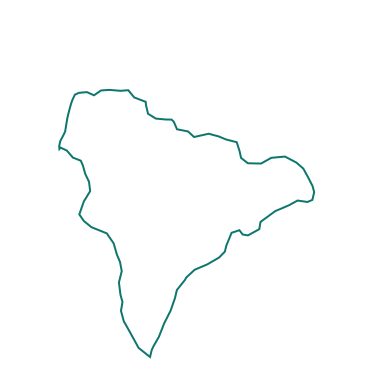 the district of Meneou, Larnaca, Cyprus, rotated 157°
{"feature_id": "46923920B15655385768829", "entity_name": "Meneou", "entity_type": "district", "adm_level": 2, "iso_a3": "CYP", "parent_name": "Cyprus", "parent_adm1": "Larnaca", "projection": "robinson", "projection_center": [33.605, 34.857], "detail": "fine", "context": "isolated", "style": "outline", "palette": "teal", "viewbox_px": 384, "rotation_deg": 157, "n_neighbors": 0, "source": "geoboundaries", "source_scale": "gbopen_adm2", "svg_char_len": 1322}
<svg xmlns="http://www.w3.org/2000/svg" viewBox="0 0 384 384"><g transform="rotate(157 192 192)"><path d="M295.1,56.5L290.9,62.2L287.7,65.1L279.1,71.6L268.9,82.0L258.1,91.1L249.2,100.9L244.2,107.7L232.7,113.9L230.8,115.5L219.9,119.4L206.4,119.4L192.6,121.1L185.0,124.3L181.4,129.2L176.1,134.4L171.5,139.0L163.3,138.3L162.0,133.1L157.4,130.2L144.6,131.5L140.6,137.7L122.8,141.9L108.0,141.9L98.2,142.9L89.6,137.7L84.3,137.7L79.6,144.1L78.7,150.4L79.4,160.2L80.4,170.0L84.4,178.3L92.6,188.3L105.7,192.5L117.3,191.2L129.3,196.6L133.5,204.1L132.2,211.4L131.4,220.4L140.2,227.1L145.9,232.9L153.9,239.1L159.2,240.1L168.6,241.8L172.0,249.3L181.3,255.6L181.3,263.7L182.5,266.6L188.4,269.3L196.6,273.7L201.9,281.2L200.4,290.0L199.4,293.1L208.2,301.6L210.9,310.6L218.3,313.1L228.2,318.3L236.0,321.0L244.4,319.3L249.7,325.0L257.5,327.5L261.9,327.3L262.5,326.7L266.1,323.5L269.1,320.2L275.8,311.6L278.3,308.1L285.1,297.3L287.4,295.2L293.5,290.2L296.4,286.0L297.2,283.4L295.6,284.2L291.0,279.0L288.2,270.2L282.1,264.2L282.1,258.9L283.2,250.4L282.8,241.7L285.4,232.6L295.2,225.6L304.5,215.4L302.9,207.6L298.4,199.0L286.6,187.2L284.2,175.4L285.6,163.6L285.6,155.7L287.6,146.6L294.6,137.3L298.0,125.3L299.0,117.8L303.8,110.4L305.3,99.6L304.3,91.2L303.1,79.7L302.1,69.4L295.1,56.5Z" fill="none" stroke="#0f766e" stroke-width="2"/></g></svg>